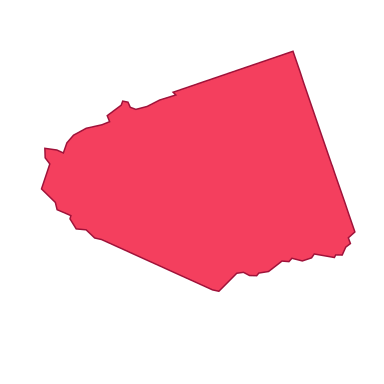 the district of Costilla, Colorado, United States of America, rotated 251°
{"feature_id": "52423323B77576079011979", "entity_name": "Costilla", "entity_type": "district", "adm_level": 2, "iso_a3": "USA", "parent_name": "United States of America", "parent_adm1": "Colorado", "projection": "mercator", "projection_center": [-105.457, 37.327], "detail": "fine", "context": "isolated", "style": "filled", "palette": "rose", "viewbox_px": 384, "rotation_deg": 251, "n_neighbors": 0, "source": "geoboundaries", "source_scale": "gbopen_adm2", "svg_char_len": 903}
<svg xmlns="http://www.w3.org/2000/svg" viewBox="0 0 384 384"><g transform="rotate(251 192 192)"><path d="M92.8,179.5L89.4,185.1L100.6,207.9L99.3,214.5L94.3,219.2L91.8,225.9L93.6,228.8L91.9,238.5L97.4,254.6L94.6,261.0L96.8,264.9L90.9,273.9L90.8,283.6L93.6,287.4L83.7,305.3L85.7,307.4L83.5,313.5L89.8,319.4L91.7,325.0L97.8,324.9L101.2,333.0L101.9,333.0L119.4,333.0L132.0,333.1L163.8,333.0L171.0,333.1L172.3,333.0L187.1,333.0L193.1,333.0L194.8,333.0L202.5,333.0L259.6,333.1L270.0,333.3L292.2,333.3L292.5,206.6L289.0,208.3L289.5,191.4L287.5,177.4L288.4,165.8L292.2,161.2L297.8,160.7L300.5,156.1L297.1,153.3L291.8,136.7L285.3,137.0L284.9,128.7L286.7,112.7L284.3,98.5L279.2,89.7L270.8,83.1L275.7,77.9L281.2,67.1L272.1,64.3L264.8,66.7L243.9,50.7L226.6,59.4L219.2,58.7L209.1,69.8L206.3,67.9L194.8,70.5L190.7,79.6L180.2,85.0L176.5,91.0L92.8,179.5Z" fill="#f43f5e" stroke="#9f1239" stroke-width="1.5"/></g></svg>